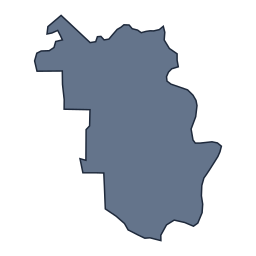 the district of Encantado, Rio Grande do Sul, Brazil
{"feature_id": "56859067B80302788565563", "entity_name": "Encantado", "entity_type": "district", "adm_level": 2, "iso_a3": "BRA", "parent_name": "Brazil", "parent_adm1": "Rio Grande do Sul", "projection": "orthographic", "projection_center": [-51.92, -29.215], "detail": "fine", "context": "isolated", "style": "filled", "palette": "slate", "viewbox_px": 256, "rotation_deg": 0, "n_neighbors": 0, "source": "geoboundaries", "source_scale": "gbopen_adm2", "svg_char_len": 1207}
<svg xmlns="http://www.w3.org/2000/svg" viewBox="0 0 256 256"><path d="M160.9,240.6L160.8,235.2L166.5,224.9L174.2,220.1L184.7,222.5L193.5,226.2L197.8,223.1L202.1,212.7L202.7,204.2L201.4,195.8L201.8,185.5L203.9,178.0L206.4,174.5L209.7,169.5L212.3,165.4L214.6,161.8L217.9,156.5L220.0,151.7L221.4,146.2L217.4,142.9L212.0,141.8L199.9,143.1L195.3,143.1L193.0,140.0L191.1,129.0L195.7,116.7L197.0,105.6L196.0,100.4L193.0,95.2L187.6,89.9L170.9,84.1L167.0,81.1L166.5,76.7L168.5,72.1L171.7,68.8L178.3,66.8L177.1,60.2L177.1,53.8L169.4,48.5L164.2,40.0L164.8,32.3L163.3,26.3L159.3,29.6L153.7,30.9L150.0,30.8L146.0,31.4L141.2,32.7L137.6,30.1L132.2,28.7L129.1,25.0L123.9,24.8L121.0,27.2L117.2,29.4L112.6,34.7L108.9,39.1L104.1,39.9L100.9,36.4L97.4,36.7L95.7,41.7L90.1,42.6L61.1,15.4L47.9,26.6L47.0,34.0L51.9,33.0L57.7,30.4L60.4,35.6L62.4,39.9L55.7,41.5L54.0,47.5L49.2,50.7L41.2,51.0L36.8,53.2L34.6,60.9L37.0,71.2L62.3,71.0L62.5,84.4L64.2,99.6L64.1,109.2L90.0,109.7L89.6,125.9L86.1,129.6L85.9,160.3L80.0,158.7L82.9,172.8L96.3,172.8L103.8,173.0L104.4,186.4L105.3,208.9L116.0,216.1L124.5,223.5L128.1,229.9L138.5,235.2L144.8,238.2L150.0,237.8L153.8,238.8L160.9,240.6Z" fill="#64748b" stroke="#1e293b" stroke-width="1.5"/></svg>